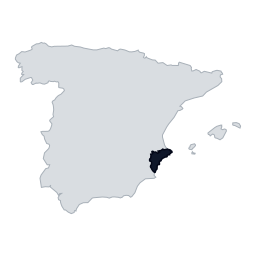 Alicante on a map of Spain (Equal Earth projection)
{"feature_id": "ESP-5803", "entity_name": "Alicante", "entity_type": "Autonomous Community", "adm_level": 1, "iso_a3": "ESP", "parent_name": "Spain", "parent_adm1": "", "projection": "equal_earth", "projection_center": [-0.576, 38.363], "detail": "fine", "context": "in_parent", "style": "filled", "palette": "ink", "viewbox_px": 256, "rotation_deg": 0, "n_neighbors": 0, "source": "natural_earth", "source_scale": "10m", "svg_char_len": 5434}
<svg xmlns="http://www.w3.org/2000/svg" viewBox="0 0 256 256"><path d="M138.2,50.1L138.3,50.8L139.6,52.2L143.5,53.1L144.5,53.7L144.3,55.6L143.4,57.3L144.2,58.0L145.2,58.0L146.3,56.7L146.6,57.5L148.4,58.4L152.4,59.9L155.2,60.1L158.1,63.2L162.9,62.6L167.1,65.5L171.1,64.9L172.0,65.4L178.3,65.5L178.6,63.1L179.3,62.2L190.1,65.5L191.5,67.5L191.2,68.6L191.8,71.0L193.2,70.9L196.1,69.5L199.8,71.2L200.8,72.7L201.5,72.8L204.3,71.3L211.8,73.1L212.1,71.9L212.6,71.6L215.7,70.6L217.0,70.3L221.0,71.1L221.5,72.5L222.3,73.0L222.7,74.2L220.4,74.9L220.1,76.9L221.6,78.7L221.8,81.7L217.9,85.5L206.4,92.1L202.7,96.0L194.1,98.0L185.2,100.9L179.9,106.2L181.3,106.6L182.9,108.4L182.3,109.2L180.0,110.4L177.9,110.7L174.1,117.3L168.7,124.0L166.7,127.0L162.5,134.9L162.5,137.2L164.6,145.1L165.8,147.2L167.5,148.9L170.7,150.4L171.5,151.9L170.4,153.3L167.2,155.8L161.6,159.1L159.2,161.8L158.7,164.3L157.1,165.5L156.5,169.1L154.2,174.1L154.1,175.4L155.8,177.2L154.1,178.3L145.4,178.8L140.1,182.7L137.4,186.2L134.9,192.7L131.9,196.5L130.6,197.2L128.6,195.5L126.1,195.3L123.6,195.8L122.3,197.2L120.3,197.9L118.4,197.3L114.1,196.9L112.2,197.0L109.3,198.1L106.8,197.3L102.5,197.0L93.2,197.8L92.1,198.2L87.9,202.6L83.4,202.7L79.3,204.5L76.5,208.8L75.9,211.1L75.1,210.5L74.5,210.7L74.1,212.5L71.3,213.6L68.2,212.1L65.6,210.0L64.2,209.9L62.1,206.6L61.2,204.4L60.5,202.2L60.5,200.6L58.6,199.7L58.1,197.6L59.6,194.9L61.6,193.4L59.8,193.5L58.5,195.3L56.9,192.5L50.3,187.0L50.7,185.1L49.6,186.6L48.8,186.9L45.3,186.7L41.4,187.4L40.0,178.2L41.1,175.0L45.7,168.7L48.5,167.9L49.7,164.7L47.2,164.8L43.3,158.6L44.5,152.9L48.7,148.6L49.4,146.8L49.6,145.2L48.8,144.1L46.7,143.5L44.6,139.0L44.1,136.2L42.3,134.6L40.9,131.8L42.3,131.4L48.0,131.3L49.4,130.6L50.5,128.8L51.6,125.7L51.9,123.8L49.8,121.1L49.7,120.6L50.1,119.7L53.6,116.7L53.0,114.5L53.7,109.9L53.5,107.2L53.2,105.0L52.1,102.1L52.9,100.9L54.7,99.9L56.2,97.6L58.3,95.6L61.1,94.1L64.4,90.6L63.9,89.1L62.8,88.2L58.9,87.6L58.7,86.9L58.8,83.2L57.9,81.7L56.4,81.9L54.3,81.2L53.8,81.6L51.0,81.5L49.1,80.9L48.3,81.4L48.0,82.7L44.7,84.1L42.9,84.0L40.0,82.9L36.6,83.3L36.2,83.0L33.2,84.5L32.3,84.5L31.1,82.7L32.8,80.1L31.5,77.6L30.6,77.5L25.2,79.3L22.0,81.7L20.7,82.0L20.3,81.6L20.3,78.2L23.7,74.5L21.6,74.3L21.8,73.2L23.2,71.5L21.9,70.3L22.0,66.6L19.1,67.8L18.3,67.6L18.4,66.1L20.3,63.2L18.4,62.8L17.0,61.7L15.4,59.3L15.4,58.1L16.5,55.1L19.1,53.7L21.7,51.6L25.1,52.0L30.2,50.3L32.0,49.4L32.0,48.2L31.5,47.2L32.0,46.4L36.3,43.9L38.8,43.7L41.4,42.4L43.0,43.2L44.5,43.0L46.2,43.9L48.4,46.1L51.7,46.9L54.3,46.3L67.8,46.1L71.7,45.0L74.6,46.3L80.4,47.0L83.8,48.1L93.3,49.9L96.8,49.9L103.8,48.1L105.7,48.6L108.5,47.7L109.8,47.9L111.5,49.1L117.6,50.8L119.3,49.4L120.5,49.1L124.9,50.0L129.3,51.8L131.6,51.9L135.0,51.4L138.2,50.1ZM221.0,128.9L222.6,129.7L224.3,129.0L225.2,129.2L226.1,129.6L226.4,131.0L222.8,137.9L220.0,139.8L217.0,138.3L215.3,137.9L214.8,137.4L214.4,135.1L213.6,134.4L212.5,134.1L210.2,135.9L209.5,134.7L208.4,134.5L208.0,133.8L208.0,132.9L214.9,127.5L216.9,126.3L221.1,125.0L221.8,125.2L221.3,126.0L221.9,126.7L221.0,128.9ZM240.6,126.1L240.0,128.1L234.8,125.5L233.1,125.2L232.7,124.8L232.8,122.9L236.3,122.6L239.1,123.6L240.6,126.1ZM192.5,148.3L191.9,149.7L189.3,149.2L188.8,148.6L189.3,147.1L190.1,146.9L190.1,145.8L190.9,144.7L194.5,143.8L195.3,144.6L195.5,145.6L193.4,148.0L192.5,148.3ZM195.1,153.8L194.7,154.1L191.9,153.8L191.8,152.9L192.4,151.7L193.4,152.9L195.1,153.2L195.1,153.8Z" fill="#d9dde1" stroke="#a8b0b8" stroke-width="1"/><path d="M167.5,149.1L167.9,149.4L168.3,149.5L169.1,149.6L169.9,149.8L170.7,150.3L171.2,150.9L170.9,151.0L171.1,151.1L171.3,151.3L171.7,151.7L171.9,151.6L172.0,151.9L172.0,152.3L171.9,152.4L171.6,152.4L171.3,152.5L171.1,152.7L170.8,152.9L170.6,153.4L170.5,153.5L170.2,153.5L169.8,153.8L169.6,153.9L169.5,154.1L169.3,154.4L169.4,154.7L169.1,154.7L168.9,154.7L168.6,154.8L168.3,154.9L167.8,154.9L167.6,155.0L167.3,155.2L167.1,155.5L167.1,155.9L167.2,156.2L167.0,156.5L166.8,156.8L166.5,156.9L165.8,156.9L165.1,157.1L164.6,157.2L164.1,157.6L162.5,158.3L162.2,158.5L162.1,158.8L161.4,159.6L161.2,159.9L161.1,160.4L161.1,160.6L160.5,160.7L160.3,160.8L160.1,161.0L160.0,161.3L159.4,161.3L159.3,162.2L159.5,164.2L159.3,164.5L159.0,164.6L158.4,164.5L158.0,164.6L157.7,164.9L157.5,165.2L157.3,165.6L157.2,165.9L157.1,166.3L157.1,167.2L157.0,168.7L156.9,169.1L156.8,169.3L156.3,169.5L156.0,169.9L155.9,170.2L155.2,172.0L155.1,172.3L154.8,172.4L154.7,172.4L154.5,172.2L154.4,172.1L153.9,171.9L153.1,171.1L153.0,170.9L152.5,170.4L152.4,170.2L152.2,169.8L151.9,169.4L151.8,169.2L151.6,168.9L151.4,168.3L151.0,167.7L150.9,167.6L150.7,167.3L150.6,167.1L150.5,166.7L150.5,166.3L150.6,165.8L150.7,165.6L151.2,164.8L151.3,164.5L151.4,164.3L151.5,163.6L151.6,163.1L151.6,162.8L151.4,161.9L151.2,161.6L150.9,161.4L150.2,161.1L149.9,161.1L149.7,160.8L149.6,160.5L149.6,159.6L149.7,159.2L149.8,159.0L149.9,158.8L150.6,158.2L150.8,157.9L150.8,157.7L150.8,157.2L150.8,156.8L151.0,156.2L151.0,155.6L150.7,154.2L151.0,154.1L151.5,154.2L151.8,154.1L152.1,154.0L152.6,153.6L152.7,153.4L152.5,153.1L152.3,152.9L152.2,152.7L152.0,152.2L151.9,151.8L151.9,151.6L152.0,151.5L152.1,151.4L152.3,151.3L152.5,151.6L152.8,151.6L153.2,151.5L153.4,151.5L153.5,151.6L154.0,152.2L154.2,152.3L155.4,152.0L155.7,152.0L157.0,152.8L157.3,153.1L157.6,153.3L159.5,152.2L159.2,151.9L158.8,151.8L158.5,152.0L158.0,151.1L161.0,150.5L162.8,149.1L164.1,149.8L167.5,149.1Z" fill="#0f172a" stroke="#020617" stroke-width="1.5"/></svg>